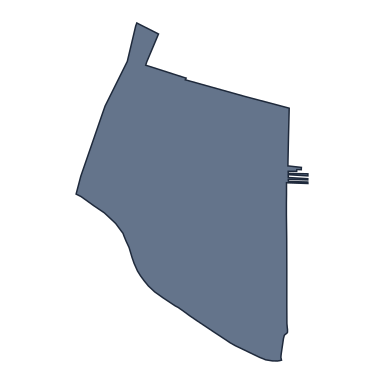 the district of Rud Al-Farag, Al Qahirah, Egypt
{"feature_id": "37247803B92272311463105", "entity_name": "Rud Al-Farag", "entity_type": "district", "adm_level": 2, "iso_a3": "EGY", "parent_name": "Egypt", "parent_adm1": "Al Qahirah", "projection": "natural_earth1", "projection_center": [31.241, 30.075], "detail": "fine", "context": "isolated", "style": "filled", "palette": "slate", "viewbox_px": 384, "rotation_deg": 0, "n_neighbors": 0, "source": "geoboundaries", "source_scale": "gbopen_adm2", "svg_char_len": 1446}
<svg xmlns="http://www.w3.org/2000/svg" viewBox="0 0 384 384"><path d="M281.5,360.2L280.9,357.5L281.0,355.9L281.3,353.3L283.5,338.4L284.3,335.4L285.0,334.6L285.5,334.2L286.8,333.3L287.5,332.2L287.5,330.6L287.5,329.3L287.3,328.0L286.9,323.4L286.8,305.6L286.8,269.4L286.7,238.4L286.4,214.4L286.4,206.2L286.4,204.6L286.4,203.0L286.5,194.6L286.5,186.9L286.5,182.7L287.7,182.8L307.9,183.5L307.8,182.0L288.4,181.5L288.3,179.4L307.8,179.9L307.8,178.7L288.3,177.5L288.3,177.3L288.2,174.7L307.9,175.9L307.9,173.8L288.3,173.4L288.2,173.1L288.2,171.3L293.9,171.3L296.7,171.3L296.7,170.4L296.8,169.6L298.7,169.6L301.3,169.7L301.3,168.5L301.4,167.4L287.9,165.9L288.1,155.6L288.5,136.5L289.1,112.3L289.2,108.2L287.8,107.8L286.3,107.4L244.7,96.4L185.3,79.8L185.8,78.8L186.1,78.1L184.4,77.6L173.5,74.1L145.7,65.2L146.2,63.6L146.7,62.0L158.5,34.0L136.8,23.0L135.7,26.0L127.3,61.4L108.3,99.6L105.1,106.0L102.5,113.4L80.8,176.2L76.1,194.1L81.1,196.6L93.6,205.6L104.4,212.9L115.7,223.5L121.6,231.5L122.3,232.4L123.0,233.3L123.9,235.8L126.0,240.9L129.1,247.6L132.0,257.3L134.1,263.4L137.5,271.0L140.5,275.8L144.0,280.6L148.4,286.0L154.7,291.9L163.0,297.8L175.2,305.9L178.1,307.4L178.7,307.8L179.5,308.4L182.1,310.2L189.6,315.7L197.8,321.3L205.5,326.4L213.7,331.9L221.2,336.8L230.0,342.7L235.3,345.7L259.7,357.4L263.3,358.8L264.2,359.2L265.6,359.8L272.4,360.9L277.7,361.0L278.5,360.8L279.4,360.7L281.5,360.2Z" fill="#64748b" stroke="#1e293b" stroke-width="1.5"/></svg>